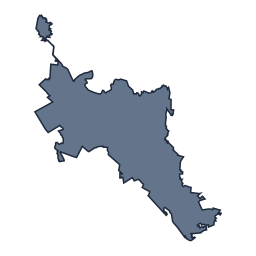 outline of San Juan Bautista Tuxtepec, Oaxaca, Mexico
{"feature_id": "50627088B4470320076946", "entity_name": "San Juan Bautista Tuxtepec", "entity_type": "district", "adm_level": 2, "iso_a3": "MEX", "parent_name": "Mexico", "parent_adm1": "Oaxaca", "projection": "albers", "projection_center": [-96.099, 18.051], "detail": "fine", "context": "isolated", "style": "filled", "palette": "slate", "viewbox_px": 256, "rotation_deg": 0, "n_neighbors": 0, "source": "geoboundaries", "source_scale": "gbopen_adm2", "svg_char_len": 5684}
<svg xmlns="http://www.w3.org/2000/svg" viewBox="0 0 256 256"><path d="M195.1,237.7L194.5,237.1L194.1,237.1L192.5,238.3L191.9,237.4L192.0,237.0L191.7,237.1L192.0,235.1L191.8,235.3L191.8,235.1L191.4,234.9L191.0,233.6L194.6,233.5L200.9,232.8L201.2,232.1L201.9,231.9L203.3,230.7L206.6,229.8L206.1,228.5L206.6,227.8L206.4,226.9L204.2,226.3L203.7,226.7L203.3,227.0L202.9,226.9L202.9,227.3L202.0,227.0L200.9,227.2L200.0,228.0L199.4,226.1L198.0,226.6L197.4,225.0L198.7,224.6L198.8,224.1L199.9,223.5L200.9,223.3L201.6,225.1L203.6,224.2L206.4,225.3L208.2,224.8L208.6,227.0L213.5,225.0L214.0,224.5L213.9,222.4L214.4,221.7L214.4,221.2L216.0,220.9L215.0,219.1L216.3,218.2L215.3,217.4L214.9,216.7L215.2,215.7L216.9,214.7L217.5,213.9L218.2,213.8L220.2,214.9L221.1,213.2L220.3,213.0L220.1,213.4L218.6,212.6L220.3,210.2L213.1,208.1L212.7,209.6L211.0,209.1L208.5,209.0L202.2,209.9L198.5,202.0L200.1,200.5L205.0,199.0L202.4,196.2L199.9,198.5L197.6,196.0L200.3,193.4L199.5,193.6L190.6,192.5L191.1,187.4L189.0,187.0L185.1,185.5L183.3,186.5L182.3,185.8L182.3,184.9L182.6,184.2L182.4,183.8L182.8,183.5L182.4,183.0L182.2,183.2L181.6,181.0L181.7,180.1L182.1,179.5L181.5,179.6L181.5,179.2L179.9,179.0L180.0,178.5L180.3,178.4L180.3,177.6L179.6,176.6L179.7,174.1L182.6,173.8L182.4,172.0L182.6,171.9L182.2,171.5L181.6,171.6L180.7,170.7L180.9,170.1L179.8,169.9L180.5,161.4L183.5,156.8L178.3,155.5L178.7,155.3L176.4,152.9L173.2,150.2L173.7,150.1L173.3,147.4L168.5,142.7L167.3,143.0L167.1,142.7L167.4,142.9L167.7,142.6L167.9,141.7L167.5,141.7L168.1,141.3L167.8,141.0L166.4,140.8L166.0,139.9L165.7,140.1L165.2,139.9L165.3,139.2L164.8,139.5L164.7,139.0L165.4,138.3L165.4,137.7L167.7,135.4L167.3,134.8L167.8,134.5L167.7,133.6L168.1,133.1L168.0,132.1L168.8,131.1L167.4,129.9L167.3,129.5L166.1,128.7L166.5,126.5L166.4,126.2L165.5,125.9L165.5,122.6L166.2,117.8L165.8,114.0L166.9,109.9L166.9,108.8L170.9,114.7L171.0,115.3L172.3,115.4L172.3,114.1L173.1,114.1L173.6,109.9L171.0,109.8L171.1,99.5L168.9,98.7L169.4,96.4L169.9,92.6L168.6,87.5L167.6,89.1L167.5,88.0L167.2,88.1L167.1,87.5L166.3,86.9L165.9,86.1L165.4,85.8L164.9,86.0L164.2,85.8L163.8,85.3L163.6,85.7L163.1,85.7L162.9,85.5L162.5,86.0L162.1,85.9L161.4,87.1L161.6,87.5L160.6,87.9L160.1,88.5L158.8,88.5L158.5,89.1L157.6,89.0L156.2,89.5L155.3,91.0L153.8,91.6L153.7,91.9L153.3,91.7L153.0,92.1L152.8,91.8L152.7,92.0L152.5,91.8L152.5,91.3L152.2,91.6L151.9,91.3L151.7,91.9L151.0,92.7L149.9,93.1L149.0,93.1L143.8,91.0L143.0,92.6L141.5,91.8L141.5,94.3L139.7,96.0L139.0,95.5L138.9,94.5L138.0,93.1L137.5,92.9L136.6,92.9L136.5,93.5L135.9,94.1L134.6,93.6L133.7,93.9L132.7,90.0L128.5,86.2L126.6,80.9L120.6,79.1L118.6,79.9L116.0,79.3L114.5,80.2L113.5,82.5L113.4,84.0L112.6,84.4L111.6,84.1L111.0,84.4L110.7,85.5L111.4,87.7L111.2,89.7L108.7,91.2L107.0,91.8L106.0,92.8L105.2,92.8L103.7,90.7L102.8,90.3L102.2,91.1L101.7,92.7L100.8,93.7L100.3,93.9L98.5,93.8L94.3,92.6L88.4,90.1L86.0,87.3L84.9,85.6L85.0,84.7L85.6,83.8L87.0,83.2L87.1,82.9L86.9,81.7L85.4,80.0L85.2,79.3L85.7,78.9L91.1,78.7L92.1,77.8L92.6,76.8L92.8,74.8L92.3,71.1L91.4,70.8L88.2,72.4L84.3,73.1L79.0,75.7L74.5,79.7L74.2,81.2L73.2,81.1L67.8,69.4L66.4,68.1L62.8,66.3L61.5,63.8L53.0,54.8L53.9,46.9L53.5,45.8L51.2,43.9L47.7,40.2L46.4,40.2L45.5,40.7L45.0,39.9L45.8,39.2L44.8,38.7L45.7,38.6L45.6,38.1L46.6,37.5L46.6,36.8L47.0,36.1L47.6,36.3L47.6,37.0L49.9,37.4L49.4,36.0L49.4,35.0L50.3,34.9L50.3,34.6L51.6,34.8L52.0,34.0L52.6,33.9L50.9,33.3L50.6,32.5L51.2,31.6L50.8,31.4L51.0,30.9L49.1,30.3L48.8,29.8L49.0,29.3L49.9,29.4L50.7,28.9L49.3,28.0L49.3,25.5L49.8,24.9L50.7,24.9L50.7,24.4L51.7,24.4L52.0,23.9L50.9,22.7L50.6,23.0L49.9,22.5L49.7,22.9L48.4,23.0L47.0,22.2L46.1,22.2L46.1,21.6L46.8,20.5L46.7,20.3L46.3,20.6L46.0,19.9L46.2,19.4L46.5,20.0L46.4,19.0L45.3,18.7L45.2,18.5L45.6,18.3L45.2,18.0L44.7,18.3L44.3,17.9L43.9,18.4L43.2,17.6L42.5,17.7L42.3,16.4L41.6,15.6L41.5,16.1L41.0,16.1L40.4,15.5L39.6,15.4L38.0,18.1L36.0,28.7L37.0,29.4L37.4,30.8L38.2,30.8L38.4,31.2L39.2,33.0L38.7,34.2L39.0,34.2L40.2,35.7L40.9,35.9L41.0,36.4L41.3,36.6L41.1,36.7L43.0,36.8L43.5,37.4L42.6,39.3L41.7,40.4L45.1,40.6L45.1,41.3L46.4,40.6L47.7,40.5L53.3,46.1L53.7,47.4L52.7,54.7L56.5,59.2L55.5,60.2L55.3,61.1L57.7,61.3L58.1,61.8L57.7,65.0L50.8,64.2L49.9,78.6L49.7,78.8L49.2,78.4L49.1,79.1L48.9,78.7L48.3,78.8L47.0,79.8L45.7,78.8L39.2,84.7L46.3,91.8L48.1,94.2L49.9,95.8L47.4,97.3L52.7,102.0L34.9,111.8L45.5,129.4L48.2,132.5L59.8,125.5L61.3,127.1L62.9,128.2L63.2,129.4L62.8,129.6L58.4,130.9L60.3,133.2L61.1,135.1L61.7,135.1L62.4,137.2L63.3,138.4L63.1,143.1L62.6,143.5L61.3,143.0L60.1,144.0L59.0,144.2L57.3,142.5L55.9,142.6L55.6,143.5L55.7,144.3L54.7,147.2L55.1,148.7L58.0,150.7L57.1,151.9L57.6,153.1L57.1,153.5L58.2,155.4L57.9,156.2L58.1,157.5L57.9,158.3L59.1,160.3L58.7,160.6L59.0,161.3L59.4,161.6L64.2,160.8L63.9,159.3L60.1,152.2L60.3,151.8L73.7,156.7L76.6,157.5L82.3,146.4L88.3,151.5L89.0,151.6L94.8,147.8L96.7,147.5L97.4,146.7L102.6,146.2L103.2,146.4L103.0,147.0L107.6,147.5L107.3,150.2L108.4,151.8L108.6,152.9L108.3,154.6L119.7,164.7L118.7,170.5L122.8,174.1L120.5,173.5L120.2,172.9L119.9,172.9L119.9,178.0L121.6,177.9L121.7,178.2L121.8,177.6L121.5,177.3L121.9,177.1L122.9,177.7L123.8,183.0L132.3,177.6L134.3,180.9L138.3,179.3L140.4,181.0L140.7,181.6L142.3,183.3L143.6,184.2L142.2,187.4L145.1,189.2L149.6,191.5L148.8,195.1L148.1,195.6L166.2,215.4L167.1,214.4L166.5,212.7L165.4,212.0L165.1,212.2L163.9,210.9L163.8,208.7L164.3,207.7L164.4,207.2L164.2,207.1L164.3,207.2L165.5,207.8L166.3,208.4L169.9,211.2L169.7,211.8L170.1,212.5L171.5,214.2L172.6,221.3L173.3,222.5L177.4,227.3L184.5,237.0L184.8,236.0L185.4,236.0L186.2,238.6L186.6,238.9L187.5,238.8L188.7,240.1L190.6,240.6L191.3,240.5L195.1,237.7Z" fill="#64748b" stroke="#1e293b" stroke-width="1.5"/></svg>